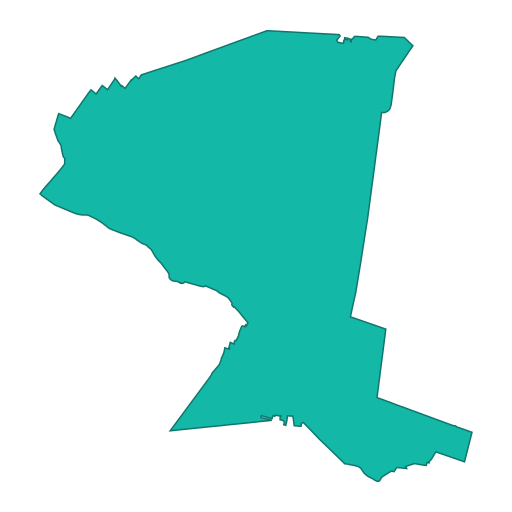 Tláhuac, Distrito Federal, Mexico (Robinson projection)
{"feature_id": "50627088B16651448707811", "entity_name": "Tláhuac", "entity_type": "district", "adm_level": 2, "iso_a3": "MEX", "parent_name": "Mexico", "parent_adm1": "Distrito Federal", "projection": "robinson", "projection_center": [-99.012, 19.269], "detail": "fine", "context": "isolated", "style": "filled", "palette": "teal", "viewbox_px": 512, "rotation_deg": 0, "n_neighbors": 0, "source": "geoboundaries", "source_scale": "gbopen_adm2", "svg_char_len": 5365}
<svg xmlns="http://www.w3.org/2000/svg" viewBox="0 0 512 512"><path d="M40.0,193.8L42.2,195.8L54.5,204.7L55.4,205.2L71.2,211.8L74.9,213.3L78.2,214.3L81.0,214.8L83.3,215.0L86.3,215.0L87.6,215.1L88.6,215.4L90.7,216.4L95.7,218.8L101.8,222.6L109.4,228.5L112.7,229.9L120.1,232.8L132.4,237.0L135.8,239.0L136.5,239.7L138.8,241.3L142.0,243.3L142.7,243.7L145.7,244.8L146.2,245.0L149.1,247.8L150.9,249.1L151.8,250.5L155.2,256.4L158.3,260.4L160.7,262.7L161.9,264.3L167.2,271.2L168.0,272.3L169.0,274.1L169.2,277.7L169.4,278.1L169.9,278.8L171.4,280.2L172.3,280.6L173.2,281.0L177.9,281.6L180.2,283.1L180.5,282.7L181.4,283.4L182.7,283.4L184.1,282.7L184.8,281.7L186.3,282.2L187.3,282.4L188.2,282.8L189.8,283.2L190.8,283.4L190.9,283.5L194.7,284.6L195.9,284.9L197.6,285.4L198.5,285.7L199.3,285.9L200.0,286.1L200.7,286.2L200.9,286.3L201.9,286.5L202.7,286.6L203.3,286.7L204.2,286.5L205.0,286.2L205.3,285.8L206.7,286.4L207.5,286.8L207.8,286.9L208.8,287.3L211.3,288.4L212.6,289.0L213.1,289.2L213.6,289.4L215.9,290.3L216.1,290.4L216.5,290.6L217.3,291.2L218.0,291.9L219.3,292.8L221.7,294.1L223.1,294.8L223.9,295.2L224.8,295.7L225.5,296.0L226.4,296.5L227.2,297.0L228.0,297.7L228.5,298.2L229.0,298.8L229.5,299.4L230.6,300.9L231.3,302.0L231.8,302.7L232.0,303.1L231.8,304.7L232.3,305.6L233.5,307.0L233.7,306.7L234.5,307.2L235.2,307.7L235.6,308.2L238.5,311.3L240.5,313.7L242.7,316.5L243.5,317.5L244.3,318.4L245.5,319.9L246.0,320.5L247.9,322.7L246.4,325.9L245.7,324.9L244.9,326.8L243.8,326.1L243.2,326.2L242.5,325.9L241.9,326.2L241.7,326.3L241.1,327.7L240.6,328.9L240.1,330.1L239.6,331.3L239.3,332.5L238.9,333.8L238.7,334.7L238.6,335.6L237.5,337.9L236.8,339.2L236.4,339.9L236.3,340.2L235.9,340.5L235.2,340.4L234.4,341.5L234.2,342.3L234.1,343.5L234.2,343.8L234.0,344.1L230.3,342.3L230.0,343.0L229.9,343.9L229.7,344.6L228.9,347.6L229.7,348.1L229.4,349.2L224.8,347.8L224.6,348.8L224.6,349.4L224.5,349.9L224.3,350.7L224.2,351.2L224.0,351.7L224.0,352.1L223.5,353.5L222.4,356.2L221.7,357.5L221.4,358.0L221.3,358.8L221.2,359.4L221.0,360.3L220.2,362.2L219.8,363.7L219.5,364.2L219.3,364.5L219.1,364.7L218.7,365.4L215.5,369.1L212.0,373.2L211.6,374.4L210.4,376.5L177.9,420.4L170.2,430.8L183.3,429.4L187.5,429.0L195.3,428.2L204.4,427.3L211.8,426.5L220.5,425.7L227.4,424.9L232.6,424.4L241.7,423.5L247.5,422.9L255.1,422.1L261.4,421.4L266.6,420.9L271.2,420.4L271.2,420.1L261.0,417.5L261.5,415.6L264.1,416.4L269.0,417.8L272.1,418.6L272.6,416.7L273.0,415.6L274.8,416.4L275.4,415.1L277.8,415.7L281.0,415.9L280.8,416.6L280.1,417.1L280.1,419.8L281.4,420.0L282.7,420.4L283.5,420.9L284.1,421.7L284.4,422.1L283.7,424.7L285.7,425.4L286.9,420.7L286.9,420.0L287.5,415.8L290.4,416.0L291.0,416.1L292.6,416.0L293.2,418.0L294.2,425.7L296.6,425.9L298.9,426.1L301.0,426.3L301.5,423.2L303.3,422.5L311.1,430.5L319.5,439.3L324.2,443.8L330.7,450.1L344.9,463.9L345.8,463.8L355.5,465.7L355.6,465.8L357.2,466.2L357.7,466.3L359.8,467.5L360.1,467.7L361.1,468.7L361.5,469.3L361.6,469.5L362.0,470.1L362.8,471.2L364.1,473.1L364.8,473.8L365.7,474.5L366.6,475.3L367.3,475.9L367.9,476.3L368.9,476.9L372.4,478.6L373.1,478.9L374.1,479.7L374.8,480.2L375.9,480.7L377.1,481.2L377.2,481.3L378.8,481.2L379.6,480.8L381.8,477.1L391.4,471.0L394.0,471.7L396.8,467.5L402.1,468.0L406.7,468.5L405.8,466.4L411.1,464.7L414.4,463.6L421.6,464.8L426.2,465.5L427.1,462.5L429.7,463.1L428.5,462.2L431.4,459.3L435.8,451.9L464.5,461.8L466.8,452.7L472.0,432.3L463.1,429.1L459.1,427.7L457.0,427.0L455.4,425.8L453.1,425.6L450.7,424.7L447.4,423.5L431.9,417.8L418.9,413.0L410.4,409.9L404.5,407.7L397.5,405.2L392.3,403.2L385.3,400.6L377.0,397.6L379.1,381.3L385.8,329.1L350.4,316.8L354.1,299.7L355.8,292.2L361.0,260.5L366.4,225.9L367.5,219.2L371.3,190.5L373.6,173.5L375.9,155.9L378.2,138.9L380.5,121.1L381.6,112.5L384.8,112.6L387.8,111.1L389.8,109.0L391.1,104.9L392.5,94.8L394.6,77.5L395.9,70.9L401.1,63.1L403.0,60.4L409.2,51.1L412.9,45.8L404.3,37.5L402.6,37.4L384.5,36.4L378.1,36.2L375.8,40.0L374.6,39.8L370.9,39.2L368.3,37.3L356.5,36.4L354.4,36.5L352.3,39.2L351.1,39.2L351.4,41.7L350.4,41.8L350.1,39.2L349.0,38.7L347.4,38.1L347.1,39.9L345.3,39.0L345.7,37.9L344.7,37.7L344.3,40.4L343.8,40.5L343.5,43.2L340.9,43.0L339.7,42.7L338.0,42.3L337.8,42.1L336.7,40.3L340.1,35.9L339.1,34.6L335.7,34.4L316.8,33.4L307.2,32.9L295.2,32.2L278.4,31.3L267.0,30.7L246.2,38.3L239.8,40.6L208.6,52.0L184.4,60.9L154.3,70.6L141.5,74.8L141.1,75.1L140.5,76.0L139.5,77.7L138.9,78.6L138.6,78.8L135.8,76.0L131.5,80.2L131.3,79.9L130.7,80.7L125.1,88.4L121.8,85.7L121.6,85.5L121.0,86.2L120.7,85.9L119.6,83.9L119.0,83.2L118.3,82.2L117.7,81.4L117.3,80.8L116.7,80.2L116.1,79.5L115.0,78.1L114.8,78.9L110.0,86.1L107.5,89.7L105.7,88.2L102.6,85.8L102.2,85.5L100.7,87.5L96.8,93.0L96.1,94.0L91.0,89.8L90.3,90.7L89.5,91.7L88.7,92.8L88.0,93.7L87.2,94.9L86.3,96.2L85.3,97.6L84.3,99.0L83.2,100.5L80.4,104.5L75.5,111.4L70.5,118.4L68.5,117.5L67.1,116.8L61.2,114.6L58.7,113.6L57.6,117.1L57.2,118.4L56.6,120.6L56.1,122.2L55.5,124.1L55.0,125.7L55.0,125.9L54.1,129.3L55.3,133.3L55.4,133.6L56.9,137.6L58.0,140.7L60.7,144.9L61.2,146.0L61.3,147.8L61.4,148.3L61.7,149.8L62.0,151.4L62.2,152.2L62.2,152.4L63.0,155.6L63.5,157.2L64.3,157.9L64.9,158.4L64.7,160.5L64.6,164.0L64.4,164.3L63.1,166.1L61.7,167.9L60.6,169.3L58.6,171.7L57.6,172.9L55.8,175.0L52.1,179.2L51.6,179.9L50.1,181.6L46.5,185.6L46.4,185.7L44.7,187.8L44.0,188.6L42.9,189.9L42.8,190.0L41.4,192.0L40.0,193.8Z" fill="#14b8a6" stroke="#0f766e" stroke-width="1.5"/></svg>